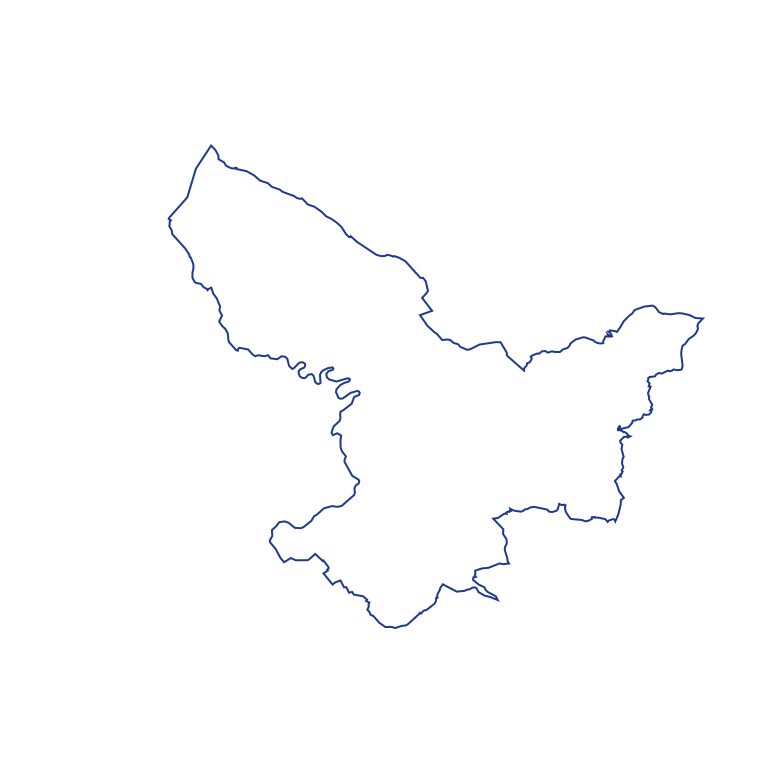 Baraolt, Covasna, Romania (Equal Earth projection), rotated 29°
{"feature_id": "2599482B42421662365067", "entity_name": "Baraolt", "entity_type": "district", "adm_level": 2, "iso_a3": "ROU", "parent_name": "Romania", "parent_adm1": "Covasna", "projection": "equal_earth", "projection_center": [25.601, 46.06], "detail": "fine", "context": "isolated", "style": "outline", "palette": "blue", "viewbox_px": 768, "rotation_deg": 29, "n_neighbors": 0, "source": "geoboundaries", "source_scale": "gbopen_adm2", "svg_char_len": 6165}
<svg xmlns="http://www.w3.org/2000/svg" viewBox="0 0 768 768"><g transform="rotate(29 384 384)"><path d="M588.2,517.8L584.8,515.5L575.4,515.6L572.8,514.9L570.5,513.1L564.1,513.5L556.9,512.2L555.9,509.8L557.9,508.2L556.1,507.2L555.9,505.6L554.3,503.3L554.9,502.3L559.3,497.6L564.4,494.2L572.0,485.0L575.6,483.8L580.4,480.4L578.4,479.4L576.5,476.8L569.9,470.4L568.8,467.4L568.9,465.0L568.1,462.7L566.1,460.2L560.9,457.5L558.8,453.2L544.8,448.8L548.6,446.0L551.9,439.5L553.0,438.3L554.2,438.1L553.3,437.0L554.3,435.5L555.7,435.0L555.5,434.0L556.5,433.4L554.8,431.9L558.7,431.8L565.7,429.3L567.1,427.7L568.0,425.4L570.0,423.8L572.1,420.8L575.0,418.6L587.7,414.7L590.3,415.6L593.1,414.5L596.4,411.1L596.6,408.7L595.3,403.9L597.8,403.8L600.6,402.0L601.7,402.2L601.9,403.8L603.0,405.6L605.3,407.9L612.2,411.4L613.2,411.3L623.0,407.0L626.7,406.5L629.0,404.6L631.2,401.3L630.4,399.8L632.6,398.3L632.9,398.8L635.9,397.1L643.0,394.9L646.5,396.2L646.9,394.3L649.9,391.0L651.7,391.0L652.9,392.0L652.2,384.7L649.6,375.1L647.5,370.6L649.0,367.3L641.7,363.8L636.1,358.7L633.0,357.0L634.6,350.5L636.0,349.9L634.5,348.4L635.3,347.4L635.1,344.8L633.9,344.6L633.6,340.7L630.9,338.4L629.0,334.2L629.0,331.6L623.2,325.7L621.9,321.6L619.2,320.5L618.0,319.1L619.6,313.9L621.5,312.5L623.2,312.6L624.8,310.3L622.3,310.6L620.4,309.5L617.4,309.4L616.4,310.0L614.7,309.5L610.9,310.9L610.2,309.2L610.4,306.7L611.1,306.7L611.5,308.3L612.5,308.9L618.8,303.1L619.9,297.7L619.3,295.5L621.7,293.8L622.9,292.0L625.1,290.9L626.4,288.0L625.8,287.0L626.1,284.3L627.9,284.2L630.6,282.2L631.4,279.3L630.9,277.6L629.5,278.1L629.8,276.6L630.6,275.8L628.8,274.7L628.7,272.2L622.9,268.6L622.0,266.3L621.2,266.1L619.3,263.9L618.5,257.1L616.7,257.8L616.0,254.7L613.1,253.8L613.1,252.2L612.2,250.6L612.9,249.2L617.4,245.8L617.3,244.0L619.1,241.1L621.9,240.2L625.8,234.7L627.9,234.2L629.6,232.5L630.1,231.0L634.3,229.5L637.3,227.1L636.5,223.5L629.3,213.6L627.5,209.3L626.6,205.6L628.0,203.0L628.7,196.9L631.3,191.9L632.2,188.2L631.9,183.6L629.9,181.2L629.5,178.5L631.2,172.1L624.4,175.3L617.7,175.6L610.3,177.8L606.9,179.5L600.6,184.3L594.8,186.6L594.0,187.5L589.8,187.8L584.0,185.3L580.9,185.2L574.1,190.1L567.4,197.7L566.8,202.5L565.6,204.8L563.2,213.0L563.2,218.8L562.5,225.5L560.4,225.7L555.8,227.5L556.0,228.3L554.8,229.3L557.5,229.7L560.3,231.8L559.4,232.6L555.4,232.0L557.4,233.6L554.6,235.0L555.0,240.2L556.0,242.0L553.4,243.8L550.9,244.6L548.4,244.9L546.3,244.3L537.2,245.8L535.3,246.8L529.9,252.4L527.4,258.2L527.7,260.5L527.0,263.5L523.9,266.8L522.3,270.8L517.1,273.5L515.1,273.9L512.2,277.1L509.0,277.0L506.2,279.0L505.0,282.3L503.4,282.9L499.6,287.4L499.1,289.1L500.8,289.9L501.1,292.4L500.9,294.5L499.1,296.4L499.8,298.7L499.0,302.1L500.0,304.4L478.6,299.7L477.2,299.0L476.4,297.2L465.8,291.0L461.6,293.1L448.4,303.2L442.7,311.6L440.2,313.8L432.6,314.5L429.4,313.3L425.1,314.3L420.4,313.4L417.6,314.5L413.6,317.3L405.7,314.4L403.0,314.3L393.6,312.0L382.1,306.3L390.6,296.7L375.6,290.2L377.1,284.2L377.3,281.2L370.6,273.9L366.7,272.2L364.9,273.4L363.6,273.3L343.0,266.2L335.4,266.3L330.8,267.2L330.4,268.1L327.1,268.5L323.9,269.7L323.3,271.1L319.9,273.4L314.9,274.7L291.4,272.8L283.3,270.9L283.3,271.7L282.3,272.4L278.3,271.4L270.7,267.3L264.2,265.7L257.9,265.1L252.0,265.4L246.3,263.7L237.2,262.7L230.2,263.9L222.3,261.4L220.8,262.8L217.7,263.6L214.3,263.2L202.3,265.1L198.4,264.5L190.6,265.9L184.8,264.7L177.0,266.2L169.1,264.5L160.6,264.5L151.4,267.3L150.7,267.5L150.2,266.5L148.9,267.2L148.5,268.2L145.6,269.4L140.0,269.7L136.6,267.7L130.3,267.6L128.1,264.2L122.7,260.9L117.2,259.3L115.1,286.9L121.5,316.2L115.5,342.7L115.7,344.1L118.3,344.1L117.9,346.2L119.2,348.1L119.5,349.8L124.1,352.8L126.2,355.6L144.6,361.9L150.9,365.2L152.3,367.0L153.7,367.1L159.2,371.7L161.2,375.1L162.5,379.5L165.0,384.0L169.0,386.6L170.8,386.7L175.1,385.2L179.5,386.8L182.4,386.7L184.2,387.4L184.3,386.1L186.2,383.5L190.8,387.7L196.2,390.2L203.1,395.7L204.4,399.5L209.2,402.7L209.5,409.2L214.0,411.6L218.6,412.8L222.7,415.4L226.7,421.1L228.3,422.6L238.4,426.1L240.0,425.7L239.4,423.7L240.1,422.4L248.4,419.7L254.9,421.9L257.9,422.1L260.1,419.8L265.8,417.8L268.8,415.0L272.2,416.6L278.6,414.1L281.1,409.3L284.4,408.1L287.2,408.8L292.1,414.1L296.4,415.3L297.5,414.0L299.5,406.7L300.8,405.2L302.7,404.4L305.2,404.7L306.1,406.0L306.3,408.3L303.7,411.7L303.1,413.8L304.1,416.0L306.7,418.1L309.0,418.4L311.6,417.5L312.5,416.1L313.3,412.6L316.0,410.4L318.3,410.9L323.0,415.7L325.7,416.2L327.1,415.4L328.0,413.9L323.6,407.1L323.3,404.0L324.3,401.4L327.2,397.4L330.9,394.4L332.3,395.1L332.3,396.5L329.2,399.7L328.6,403.1L330.7,405.8L333.8,406.6L341.2,404.9L348.8,397.2L350.6,396.2L352.1,396.6L352.1,398.8L348.9,402.1L346.3,406.0L345.0,411.4L345.8,414.2L350.9,418.2L353.0,418.0L354.9,416.7L359.1,407.9L363.9,403.1L365.7,402.7L367.2,403.7L367.4,405.8L364.2,409.9L365.3,417.0L361.2,426.4L359.4,429.3L360.7,432.5L362.4,434.7L363.1,437.7L360.5,445.7L361.7,452.0L364.1,453.5L367.0,449.8L371.5,449.8L373.4,454.7L377.0,460.8L380.0,463.3L385.8,465.8L386.3,469.6L387.3,471.3L400.8,479.7L408.0,480.0L409.3,480.7L410.1,483.3L408.6,486.1L408.5,488.2L409.1,490.3L411.2,493.0L411.7,495.6L406.0,511.3L402.7,514.1L397.8,515.9L391.8,521.8L388.3,531.6L387.0,533.3L386.8,539.0L383.0,548.1L381.4,550.3L375.6,553.1L368.1,551.6L363.6,552.4L359.4,555.6L358.6,560.9L356.8,566.1L360.0,571.1L360.0,576.4L361.4,577.8L368.9,580.7L377.9,586.4L383.0,588.3L387.0,581.3L392.2,581.0L402.5,575.2L403.4,574.0L406.2,566.0L416.3,568.5L416.5,567.7L423.7,570.8L424.9,571.8L424.3,573.9L425.4,574.4L422.9,579.0L436.3,584.3L437.5,581.2L441.2,576.9L447.6,581.2L449.6,580.0L454.6,583.5L456.9,581.3L459.6,582.8L468.7,579.8L473.7,580.8L473.5,582.4L477.2,582.3L477.5,584.7L478.6,585.9L478.9,589.6L481.5,590.2L484.0,592.3L487.3,592.1L495.6,595.1L503.1,595.9L508.5,592.7L512.0,592.1L516.8,587.0L520.3,584.4L521.3,582.6L526.4,567.7L526.2,566.9L527.7,566.8L528.5,563.2L530.9,560.7L534.8,551.4L534.5,548.1L533.5,546.4L533.4,545.1L534.3,544.9L532.7,542.3L532.7,537.1L532.1,535.6L532.5,530.7L548.3,530.3L554.7,525.9L556.9,523.0L558.3,522.2L560.2,519.1L562.0,517.8L564.1,517.9L567.7,520.2L574.8,520.3L579.5,518.9L588.2,517.8Z" fill="none" stroke="#1e3a8a" stroke-width="2"/></g></svg>